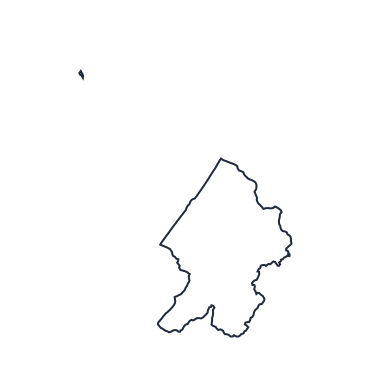 outline of Itanhaém, São Paulo, Brazil, rotated 160°
{"feature_id": "56859067B46019102018390", "entity_name": "Itanhaém", "entity_type": "district", "adm_level": 2, "iso_a3": "BRA", "parent_name": "Brazil", "parent_adm1": "São Paulo", "projection": "natural_earth1", "projection_center": [-46.824, -24.214], "detail": "fine", "context": "isolated", "style": "outline", "palette": "slate", "viewbox_px": 384, "rotation_deg": 160, "n_neighbors": 0, "source": "geoboundaries", "source_scale": "gbopen_adm2", "svg_char_len": 3740}
<svg xmlns="http://www.w3.org/2000/svg" viewBox="0 0 384 384"><g transform="rotate(160 192 192)"><path d="M267.7,74.8L266.4,73.6L265.6,72.3L264.3,70.7L262.8,69.5L261.5,68.0L259.6,67.9L257.9,68.2L256.1,68.4L253.9,67.5L252.5,65.4L251.0,64.8L250.0,65.8L248.1,66.0L246.9,67.2L245.1,68.7L243.4,69.5L240.9,69.5L239.9,70.6L238.3,71.6L236.3,72.1L235.0,71.0L232.9,71.2L230.6,71.8L228.3,71.0L226.6,70.1L224.3,70.4L222.9,71.2L221.3,71.8L218.7,73.2L217.9,74.7L216.8,76.1L215.3,77.7L213.6,77.5L212.5,78.9L210.9,77.7L210.5,75.7L212.4,74.3L213.3,72.1L214.0,70.0L214.8,68.5L216.2,66.8L216.8,65.0L217.7,63.0L219.0,61.0L218.3,59.3L216.9,58.0L215.8,57.0L215.5,55.3L214.6,53.4L212.3,53.2L211.2,52.1L210.2,50.9L210.2,48.9L209.6,47.1L207.7,46.4L206.2,44.9L205.2,43.0L203.1,42.3L201.5,43.0L200.4,41.8L199.3,40.8L198.0,40.3L196.1,40.7L194.5,41.5L191.9,41.6L190.3,43.2L188.9,43.2L185.4,45.6L186.3,47.8L187.6,49.5L186.4,51.0L184.0,50.7L182.6,50.4L180.9,52.0L180.1,53.7L178.0,53.9L176.3,55.3L175.1,57.5L173.2,59.4L170.0,60.6L168.4,62.5L166.8,63.3L164.7,62.9L161.3,65.3L160.5,66.8L161.0,70.0L162.5,72.1L163.4,74.0L164.8,74.8L166.4,74.1L166.3,76.5L166.8,79.3L165.2,81.8L165.2,83.4L167.0,84.0L166.9,85.8L165.2,86.9L163.3,87.5L161.3,87.3L159.5,88.9L156.9,91.8L156.2,94.1L157.6,94.9L155.9,96.7L153.9,97.2L152.6,99.2L150.8,99.2L148.9,98.7L147.8,97.3L146.3,97.9L144.8,98.2L143.6,97.4L142.1,97.7L140.8,98.4L139.3,98.9L137.9,97.9L137.2,95.3L136.7,93.7L135.7,92.8L133.9,93.9L134.3,96.0L132.1,96.7L131.4,98.0L129.9,97.7L128.2,98.7L126.2,99.1L124.2,99.3L122.3,98.4L121.6,100.0L122.9,101.0L121.9,102.3L122.3,104.1L123.5,104.9L122.8,106.6L121.1,107.3L119.5,108.0L117.5,108.7L116.2,109.4L115.7,112.4L114.9,114.2L114.8,116.5L115.6,118.3L116.7,119.3L116.7,121.5L117.8,122.9L120.2,124.3L120.9,125.6L121.1,127.6L120.7,130.0L121.0,131.6L120.8,133.6L119.7,136.1L118.3,138.1L117.6,139.7L116.9,141.1L114.7,142.4L114.8,144.4L115.9,146.5L117.4,148.4L119.0,150.0L120.8,149.3L122.5,149.4L124.0,149.8L125.5,150.7L127.3,151.3L128.6,151.6L130.6,151.7L131.8,154.9L132.5,156.7L133.6,158.5L133.9,161.0L133.8,162.7L132.8,164.3L133.0,166.6L133.1,169.2L133.2,170.8L131.9,171.8L130.5,173.0L129.7,174.8L129.0,176.6L129.1,179.3L130.2,181.0L131.7,182.7L133.1,183.8L134.7,185.2L135.6,187.4L136.5,189.1L137.1,190.9L136.9,192.9L138.7,194.8L140.4,196.1L141.0,198.4L140.7,201.0L142.0,202.8L144.5,205.1L146.6,206.8L148.5,208.5L149.8,209.7L151.8,211.3L153.3,213.5L155.6,211.8L156.7,210.9L158.3,209.6L160.4,207.8L162.6,206.0L164.4,204.7L165.6,203.8L166.9,202.8L168.1,201.9L169.7,200.7L170.9,199.7L172.3,198.6L173.7,197.6L175.8,196.0L178.3,194.1L180.2,192.8L181.4,191.9L183.2,190.6L184.9,189.5L186.6,188.3L189.2,186.4L191.8,184.9L193.5,185.0L195.0,184.7L196.6,183.7L197.8,182.5L198.8,181.2L200.4,180.8L201.7,179.8L202.8,178.7L204.2,176.9L205.9,176.0L207.9,174.7L210.5,173.1L212.5,171.8L214.1,170.7L215.5,169.9L217.5,168.5L219.2,167.5L220.9,166.4L222.1,165.6L223.6,164.6L225.4,163.4L227.1,162.2L228.9,161.0L231.7,159.2L234.6,157.2L237.1,155.5L238.7,154.4L239.9,153.3L238.4,152.0L234.9,148.9L232.4,146.2L231.6,143.8L231.3,142.1L231.8,140.6L231.6,138.5L230.1,136.7L229.5,134.6L227.8,133.5L228.6,131.9L230.1,130.7L229.5,129.0L228.8,126.8L230.0,125.3L229.5,122.6L227.5,121.3L225.6,119.9L224.1,118.5L223.1,116.8L222.2,115.6L223.7,114.2L224.5,111.6L224.7,109.6L225.7,108.4L227.0,107.6L228.2,106.2L229.2,105.2L230.8,104.1L232.5,102.2L235.3,100.9L236.6,100.0L237.9,99.7L240.4,99.5L242.3,99.2L244.1,99.4L244.7,97.4L245.0,95.3L245.8,93.7L247.3,92.2L249.5,90.7L252.7,89.0L254.5,88.2L256.6,87.4L258.3,86.8L261.2,85.2L263.9,83.4L268.4,80.9L269.3,79.2L267.7,74.8ZM257.2,342.3L257.0,340.6L256.0,339.2L255.5,336.6L254.7,338.1L254.6,340.4L255.0,342.1L255.2,343.7L257.2,342.3Z" fill="none" stroke="#1e293b" stroke-width="2"/></g></svg>